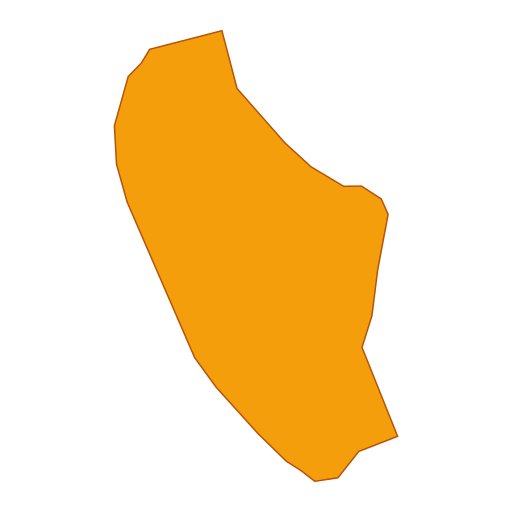 Borovnica, Natural Earth projection
{"feature_id": "SVN-937", "entity_name": "Borovnica", "entity_type": "Municipality", "adm_level": 1, "iso_a3": "SVN", "parent_name": "Slovenia", "parent_adm1": "", "projection": "natural_earth1", "projection_center": [14.381, 45.913], "detail": "fine", "context": "isolated", "style": "filled", "palette": "amber", "viewbox_px": 512, "rotation_deg": 0, "n_neighbors": 0, "source": "natural_earth", "source_scale": "10m", "svg_char_len": 451}
<svg xmlns="http://www.w3.org/2000/svg" viewBox="0 0 512 512"><path d="M314.8,481.3L300.5,470.2L286.4,461.3L258.1,433.7L216.2,387.3L194.7,357.7L127.1,202.0L116.5,164.1L114.4,125.8L128.2,76.6L141.3,63.1L149.7,49.3L221.9,30.7L237.1,88.6L284.8,142.8L311.0,166.8L343.6,186.3L361.4,186.1L381.3,199.0L388.1,214.4L377.7,269.8L371.9,315.9L362.0,347.4L397.6,436.3L358.8,451.4L337.9,477.8L314.8,481.3Z" fill="#f59e0b" stroke="#b45309" stroke-width="1.5"/></svg>